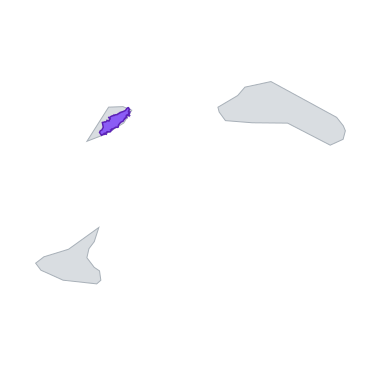 Fomboni, Moûhîlî, Comoros (highlighted), rotated 114°
{"feature_id": "10938185B23268545061954", "entity_name": "Fomboni", "entity_type": "district", "adm_level": 2, "iso_a3": "COM", "parent_name": "Comoros", "parent_adm1": "Moûhîlî", "projection": "robinson", "projection_center": [43.719, -12.295], "detail": "fine", "context": "in_parent", "style": "filled", "palette": "violet", "viewbox_px": 384, "rotation_deg": 114, "n_neighbors": 0, "source": "geoboundaries", "source_scale": "gbopen_adm2", "svg_char_len": 4337}
<svg xmlns="http://www.w3.org/2000/svg" viewBox="0 0 384 384"><g transform="rotate(114 192 192)"><path d="M107.9,199.7L104.0,202.8L85.3,189.5L74.7,186.3L59.0,164.8L65.0,90.2L70.0,80.7L73.7,76.8L82.4,75.4L93.0,84.8L90.2,132.7L104.2,165.0L113.2,190.5L107.9,199.7ZM314.7,241.7L325.0,273.9L324.9,298.2L320.6,305.9L311.4,300.9L294.5,281.5L262.3,262.7L277.1,261.1L285.7,263.1L294.8,261.3L300.6,250.7L301.7,244.4L309.7,239.4L314.7,241.7ZM174.0,294.3L188.4,308.6L148.4,302.7L142.1,289.8L141.8,280.3L156.7,282.4L174.0,294.3Z" fill="#d9dde1" stroke="#a8b0b8" stroke-width="1"/><path d="M177.0,297.8L176.8,297.7L176.7,297.6L176.6,297.8L176.3,297.5L176.2,297.3L176.2,297.2L176.3,297.2L176.2,297.1L176.1,296.9L175.8,296.8L175.8,296.7L175.8,296.8L175.7,296.8L175.5,296.7L175.4,296.4L175.2,296.3L175.1,296.1L175.1,295.8L175.1,295.7L174.9,295.6L174.8,295.4L174.7,295.5L174.7,295.4L174.4,295.3L174.4,295.1L174.4,294.7L174.5,294.7L174.4,294.7L174.2,294.8L174.1,294.7L174.0,294.8L174.0,294.7L173.9,294.8L173.9,294.7L173.7,294.6L173.8,294.5L173.8,294.4L173.7,294.4L173.7,294.5L173.7,294.4L173.6,294.5L173.3,294.8L173.0,294.6L172.7,294.4L172.3,293.8L172.2,293.8L172.0,294.0L171.9,294.1L171.7,293.9L171.5,294.0L171.4,294.0L171.2,293.5L170.9,292.8L170.9,292.7L170.9,292.2L170.7,292.0L170.6,291.9L170.5,291.7L170.4,291.7L170.4,291.4L170.3,291.2L170.2,291.2L169.9,291.1L169.6,291.0L169.4,291.0L169.4,290.9L168.9,290.9L168.8,291.0L168.7,291.1L168.4,291.0L168.3,290.9L168.3,291.0L168.2,291.0L168.0,290.9L168.0,291.0L167.9,290.9L167.8,291.0L167.6,291.0L167.4,291.0L167.3,290.9L167.4,290.7L167.2,290.7L167.0,290.8L166.9,290.7L166.7,290.4L166.8,290.2L166.7,290.1L166.3,289.6L166.0,289.5L165.8,289.4L165.7,289.3L165.6,289.2L165.0,288.8L164.3,288.3L163.7,287.9L163.6,287.6L163.6,287.4L163.5,287.2L163.5,286.9L163.4,286.6L163.2,286.5L163.1,286.3L163.0,286.2L162.8,285.9L162.6,285.8L162.4,286.0L162.1,286.0L161.7,286.1L161.4,286.2L161.3,286.3L161.1,286.3L160.9,286.4L160.7,286.4L160.5,286.2L160.4,286.2L160.4,286.3L160.1,286.3L159.6,286.1L159.4,286.0L159.2,286.0L158.9,286.0L158.8,285.9L158.6,285.9L158.2,285.7L157.8,285.5L157.7,285.4L157.3,285.3L156.9,285.2L156.6,284.9L155.8,284.1L155.4,283.9L155.2,283.7L154.9,283.6L154.6,283.7L154.3,283.7L153.9,283.6L153.7,283.6L153.3,283.4L153.0,283.2L152.9,283.2L152.7,283.2L152.4,283.1L152.0,283.1L151.8,282.9L151.7,282.9L151.7,283.0L151.6,282.9L151.3,282.9L151.2,282.8L150.9,282.5L150.7,282.4L150.5,282.1L150.4,282.2L150.3,282.3L150.3,282.2L150.2,282.3L149.7,282.6L149.3,282.7L149.0,282.7L148.7,282.7L148.4,282.7L148.4,282.9L147.8,282.6L147.7,282.5L147.8,282.2L148.0,281.6L147.8,281.6L147.6,281.6L147.7,281.2L147.6,281.3L147.5,281.2L147.4,281.2L147.3,280.8L147.2,281.0L147.0,280.8L146.9,281.0L146.7,281.5L146.2,281.7L145.9,281.3L145.9,281.2L145.7,281.1L145.4,281.1L145.3,281.4L145.2,281.6L144.9,281.7L144.7,281.6L144.7,282.0L144.5,281.9L144.6,282.1L144.6,282.3L144.3,282.8L144.0,282.9L143.9,282.9L143.7,282.7L143.6,282.8L143.4,282.7L143.0,282.8L142.9,282.7L142.7,282.7L142.6,282.8L142.3,282.7L142.2,282.5L142.3,282.7L142.1,282.9L142.0,282.6L141.9,282.6L141.9,282.8L141.8,283.0L141.7,283.0L141.6,283.5L141.4,283.7L141.3,283.8L141.2,283.9L141.1,284.0L140.9,284.1L140.8,284.4L141.0,284.8L142.4,285.6L143.5,285.7L144.8,286.1L145.2,286.4L145.4,286.7L146.2,287.3L146.3,287.5L146.7,287.8L146.8,287.9L146.9,288.1L147.4,288.5L147.5,288.7L147.6,289.0L147.8,289.2L148.0,289.3L148.3,289.4L148.5,289.8L148.6,290.0L149.1,290.1L149.2,290.3L149.5,290.4L149.9,290.7L150.0,290.9L150.3,290.9L150.4,291.0L150.6,291.2L151.0,291.6L151.3,291.6L151.5,291.7L151.7,291.8L151.9,292.1L152.0,292.4L152.3,292.8L152.4,293.1L153.0,293.7L153.5,294.0L153.4,294.5L153.6,294.5L153.9,294.5L154.0,294.6L154.1,294.8L154.1,295.0L154.3,295.2L154.5,295.4L154.9,295.7L155.0,296.0L155.6,296.4L156.1,296.9L156.4,297.1L156.9,297.2L157.2,297.2L157.4,297.4L157.5,297.8L157.6,298.1L157.7,298.4L157.9,298.4L158.1,298.3L158.6,298.4L158.0,298.1L157.9,297.7L158.0,297.4L158.1,296.9L158.3,296.5L158.4,296.4L158.6,296.4L158.9,296.7L159.1,296.8L159.4,296.9L160.2,296.8L160.6,296.5L160.8,296.7L161.1,297.2L161.1,298.8L161.3,298.8L161.5,298.7L162.0,298.7L162.5,299.0L163.3,299.6L163.4,300.0L163.5,300.4L163.6,300.6L164.2,301.0L164.7,301.9L165.0,302.2L168.9,299.4L172.1,299.6L173.2,300.6L173.3,300.6L175.2,300.7L177.0,297.8Z" fill="#8b5cf6" stroke="#5b21b6" stroke-width="1.5"/></g></svg>